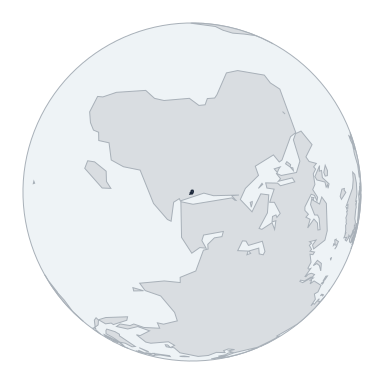 the Earth from above Debub, rotated 114°
{"feature_id": "ERI-1564", "entity_name": "Debub", "entity_type": "Region", "adm_level": 1, "iso_a3": "ERI", "parent_name": "Eritrea", "parent_adm1": "", "projection": "orthographic", "projection_center": [38.829, 14.796], "detail": "fine", "context": "on_globe", "style": "filled", "palette": "slate", "viewbox_px": 384, "rotation_deg": 114, "n_neighbors": 0, "source": "natural_earth", "source_scale": "10m", "svg_char_len": 9901}
<svg xmlns="http://www.w3.org/2000/svg" viewBox="0 0 384 384"><g transform="rotate(114 192 192)"><circle cx="192" cy="192" r="169" fill="#eef3f6" stroke="#a8b0b8"/><path d="M147.7,28.9L147.9,28.9L151.5,28.0L153.6,27.5L153.1,27.7L148.4,28.8L147.9,28.9L146.3,29.4L144.1,30.0L144.9,29.8L139.1,31.5L144.0,30.2L138.8,32.0L135.2,33.1L136.7,32.4L136.0,32.6L147.7,28.9ZM115.3,41.5L115.8,41.2L122.0,38.3L119.9,39.5L114.4,42.4L109.2,45.1L106.7,46.7L110.7,45.1L100.0,51.6L91.3,59.0L88.6,60.9L85.2,62.2L87.7,59.2L85.6,60.8L95.0,53.6L104.9,47.2L115.3,41.5ZM84.0,62.1L84.9,61.5L78.3,67.2L76.7,68.7L76.3,69.3L78.3,67.7L75.8,70.1L73.3,71.8L75.5,69.6L76.3,68.9L77.2,68.1L84.0,62.1ZM23.6,178.2L23.5,179.9L23.2,188.0L23.0,191.7L23.2,194.6L23.3,197.5L26.5,208.6L30.3,219.4L31.6,229.3L31.3,238.0L37.8,260.1L38.2,261.9L33.5,250.6L29.7,238.9L26.7,227.0L24.6,214.9L23.4,202.7L23.0,190.5L23.6,178.2ZM122.8,37.9L122.4,38.1L121.4,38.5L122.8,37.9ZM126.1,36.4L125.8,36.5L125.7,36.6L126.1,36.4ZM134.1,33.3L134.9,33.0L126.5,36.3L127.7,35.7L134.1,33.3ZM167.6,24.8L166.3,25.0L165.9,25.1L167.6,24.8ZM164.0,25.4L165.0,25.2L159.8,26.1L164.0,25.4ZM225.5,26.4L225.4,26.4L225.0,26.3L225.5,26.4ZM154.8,27.2L156.0,26.9L160.8,26.0L159.3,26.4L158.2,26.6L154.8,27.2ZM156.9,26.9L158.4,26.8L155.7,27.5L153.9,27.5L156.9,26.9ZM162.7,25.6L164.9,25.2L163.2,25.6L162.7,25.6ZM146.8,30.5L148.1,29.8L150.8,29.2L146.8,30.5ZM159.2,26.7L160.1,26.5L161.3,26.2L161.7,26.4L159.2,26.7ZM171.6,24.3L170.8,24.5L174.8,23.9L174.8,24.1L169.5,24.7L171.8,24.5L167.4,25.0L171.6,24.3ZM165.7,25.9L158.9,27.2L155.9,28.4L153.4,28.9L158.8,26.9L165.7,25.9ZM167.1,25.3L165.7,25.7L163.4,26.0L162.9,25.8L167.1,25.3ZM176.7,24.1L178.1,23.7L179.3,23.6L176.7,24.1ZM165.3,26.1L166.9,25.9L165.3,26.2L165.3,26.1ZM173.7,24.5L174.1,24.4L175.3,24.3L173.7,24.5ZM170.0,25.6L167.8,25.9L167.4,25.8L170.0,25.6ZM172.1,25.1L173.7,25.0L168.5,25.5L172.0,25.0L172.1,25.1ZM174.9,24.5L175.7,24.4L174.5,24.6L174.9,24.5ZM172.7,26.2L166.3,26.9L165.4,26.5L171.8,25.8L172.7,26.2ZM262.0,38.2L263.4,38.9L268.9,41.6L269.7,42.0L276.6,46.8L289.0,55.9L289.0,54.7L293.0,57.1L307.2,69.0L321.9,88.3L327.3,93.8L330.3,97.9L331.3,101.2L327.0,95.1L324.6,93.6L322.0,90.0L322.3,94.0L318.6,89.0L320.6,95.0L324.1,98.6L325.3,96.5L328.6,104.5L334.7,110.6L339.7,119.5L343.8,137.6L341.6,144.8L342.3,148.0L339.2,145.5L338.4,152.6L346.9,168.1L347.9,173.2L345.0,184.7L344.3,181.0L336.1,174.3L337.0,186.8L343.3,195.0L345.6,206.3L341.8,204.0L339.2,194.2L336.3,191.5L335.3,180.8L329.6,166.1L325.6,170.4L324.3,164.2L315.7,153.0L309.1,158.9L299.7,178.3L301.1,194.7L296.6,202.7L284.5,181.1L279.5,165.9L274.8,168.1L262.6,156.4L240.5,157.9L237.6,154.1L233.4,156.3L224.8,152.9L220.6,146.5L215.3,147.3L226.6,163.9L232.4,163.2L237.6,156.2L239.6,162.3L248.0,167.3L237.7,183.1L205.4,198.2L202.8,186.1L181.1,153.1L182.1,149.4L182.0,149.0L181.8,148.3L179.2,154.3L175.7,147.9L186.6,170.8L188.2,180.7L204.9,199.0L203.2,200.9L208.8,204.6L227.2,199.2L227.1,203.3L218.1,222.5L193.1,248.3L196.8,264.9L195.6,278.8L180.8,287.8L182.9,298.1L175.4,301.6L175.5,307.2L169.9,313.0L160.4,318.1L143.1,317.1L141.4,312.1L131.7,301.6L118.0,275.6L121.7,264.3L119.8,254.8L107.5,232.5L110.1,220.9L107.0,215.5L100.4,216.0L96.9,209.5L93.0,208.8L69.2,209.0L62.5,199.7L55.8,173.5L60.5,164.8L62.3,153.6L95.5,121.4L101.4,124.5L126.2,122.8L129.1,124.5L125.0,132.7L142.7,144.7L149.8,138.0L167.0,144.7L179.2,144.8L185.7,129.1L165.7,128.4L163.4,120.7L180.4,114.6L198.0,115.9L197.7,113.0L187.5,106.4L192.6,101.3L184.1,103.7L186.8,106.7L181.6,108.5L178.8,106.0L180.7,104.1L175.7,102.7L167.9,112.6L169.8,116.8L156.0,118.1L157.9,125.2L153.7,128.4L149.1,117.5L150.3,113.7L140.9,102.2L138.3,106.1L147.1,117.5L143.9,116.5L140.6,122.8L140.6,117.2L131.7,104.5L119.9,106.0L103.1,120.6L96.6,121.1L92.0,117.2L99.9,101.6L113.6,102.2L116.5,97.4L115.3,90.0L119.6,91.1L120.8,88.4L126.1,88.6L135.1,82.8L140.7,82.7L145.7,75.1L149.3,74.2L145.3,78.8L145.6,82.2L159.7,82.8L162.9,81.4L165.0,76.6L168.7,77.7L168.9,73.0L177.8,71.7L167.1,69.6L169.3,64.8L175.5,61.5L174.3,59.7L164.3,65.2L162.0,67.9L163.1,70.6L155.3,78.6L150.1,79.7L151.1,70.6L143.8,71.4L147.8,64.6L172.4,52.7L181.9,51.0L194.5,57.7L191.5,60.3L185.4,59.1L189.6,64.4L190.0,61.9L193.0,63.1L195.8,59.4L198.1,60.1L197.0,55.6L200.1,56.1L200.8,58.9L207.7,54.7L214.5,55.1L215.0,53.9L213.5,52.4L223.2,54.4L223.1,53.5L219.9,52.4L217.7,49.9L217.5,46.5L220.8,47.4L221.4,48.7L227.5,53.1L228.4,57.0L229.8,57.1L229.8,54.0L222.3,48.5L221.2,46.2L225.3,48.5L223.7,47.5L224.2,46.7L227.9,46.8L223.6,44.3L224.8,36.2L232.0,36.3L235.4,38.7L239.8,35.7L247.6,37.1L244.6,36.0L244.7,34.5L242.2,33.9L240.8,33.3L239.9,30.6L242.3,31.0L238.5,29.6L237.0,29.1L235.0,28.6L233.0,28.1L247.8,32.5L262.0,38.2ZM82.9,138.7L81.7,142.0L82.9,138.7ZM216.1,126.0L227.0,126.4L223.1,116.7L227.0,116.3L224.2,113.4L222.8,116.1L216.1,108.2L221.2,105.4L220.4,101.4L216.6,101.2L208.4,107.7L217.8,118.7L214.9,122.7L216.1,126.0ZM78.4,67.0L78.6,67.0L77.7,68.0L77.0,68.5L78.4,67.0ZM80.2,68.3L76.1,72.2L78.6,69.5L76.8,70.6L79.9,66.6L87.5,61.7L83.5,64.5L80.2,68.3ZM86.1,60.7L83.3,63.3L86.0,60.7L86.1,60.7ZM122.0,75.0L123.3,76.8L120.5,79.6L113.4,81.2L117.4,76.9L122.0,75.0ZM125.8,78.8L128.8,70.1L133.3,69.2L130.3,71.1L133.0,71.4L128.8,74.6L130.2,82.8L127.9,86.0L116.0,86.2L121.2,84.2L119.6,82.4L125.8,78.8ZM128.4,53.8L129.8,51.3L137.9,52.5L135.7,54.9L128.4,56.2L126.8,54.2L128.4,53.8ZM132.8,34.4L132.8,34.2L134.1,33.8L135.2,33.6L132.8,34.4ZM147.2,30.3L134.2,35.1L133.6,35.0L126.8,38.6L122.4,39.9L126.9,37.4L118.4,41.4L120.8,39.7L115.2,42.6L125.8,36.9L127.6,35.9L127.3,36.5L131.3,35.2L133.5,34.4L141.3,31.5L147.1,29.3L152.0,28.1L153.9,27.9L153.2,28.3L150.3,28.8L151.5,28.9L146.7,30.0L147.2,30.3ZM173.5,32.7L170.4,32.1L172.1,34.6L167.3,34.8L167.8,35.1L163.9,36.2L160.0,38.1L158.0,38.0L157.3,38.8L154.7,39.7L153.1,40.9L149.0,41.3L146.7,42.9L146.1,42.2L143.3,44.9L143.5,43.1L140.1,44.4L141.7,45.4L123.2,46.9L115.3,49.7L108.5,53.3L109.8,50.4L116.9,45.5L126.6,40.6L134.0,38.6L133.2,38.0L136.6,36.9L135.8,37.9L139.0,35.8L141.5,35.3L150.1,32.4L153.1,30.4L156.4,29.5L156.4,30.1L159.6,28.8L161.9,29.4L164.2,28.9L168.9,29.3L167.7,31.1L170.4,30.4L174.0,31.0L173.5,32.7ZM173.9,26.3L173.5,27.9L170.7,29.0L163.8,28.0L161.3,28.4L156.8,28.3L161.0,26.9L161.9,27.0L163.7,26.8L161.7,27.3L164.7,26.8L166.1,27.0L168.8,26.7L167.9,27.3L173.9,26.3ZM133.2,121.6L135.6,122.1L139.5,122.0L137.4,126.3L133.2,121.6ZM126.9,113.0L129.2,112.6L128.2,118.0L125.7,117.7L126.9,113.0ZM131.3,108.0L129.4,112.2L128.9,109.7L131.3,108.0ZM147.5,78.4L150.0,77.9L150.0,79.1L148.2,80.7L147.5,78.4ZM177.7,42.1L176.4,41.1L177.3,40.7L177.6,38.1L181.1,38.0L182.4,39.6L177.7,42.1ZM181.8,131.7L177.8,134.6L176.2,133.1L177.9,132.4L181.8,131.7ZM156.2,130.5L161.7,132.8L155.6,131.6L156.2,130.5ZM181.7,41.5L181.4,40.4L183.3,41.1L181.7,41.5ZM183.8,37.9L186.2,38.4L181.6,37.7L183.8,37.9ZM248.0,339.3L249.0,340.4L246.4,340.9L248.0,339.3ZM224.9,275.7L214.0,299.6L205.9,300.0L204.1,293.2L207.9,278.9L217.2,274.4L221.7,267.6L224.9,275.7ZM356.2,226.4L356.8,226.2L356.6,227.0L356.2,226.4ZM355.6,224.7L356.6,223.9L355.2,226.6L355.6,224.7ZM357.0,223.6L357.9,221.1L358.4,219.4L358.1,221.1L357.0,223.6ZM354.8,225.5L348.8,229.1L345.9,228.5L347.0,225.4L351.6,223.7L354.8,225.5ZM346.7,225.4L341.8,219.8L332.2,200.1L335.7,199.4L345.1,209.9L344.6,212.5L347.6,217.4L346.7,225.4ZM357.0,205.4L356.4,212.9L353.5,214.3L351.9,214.1L350.9,205.5L351.5,200.4L352.9,199.8L356.2,181.0L357.8,183.8L357.3,191.4L358.5,196.8L357.0,205.4ZM301.9,196.1L306.1,205.0L303.4,207.1L301.9,196.1ZM356.0,168.8L355.7,176.9L355.5,166.6L356.0,168.8ZM354.9,159.6L355.7,163.0L354.5,160.2L354.9,159.6ZM343.8,152.6L342.4,154.3L341.6,151.9L342.9,148.5L343.8,152.6ZM343.5,127.2L346.4,134.0L347.1,136.5L345.1,132.7L343.5,127.2ZM211.7,42.3L207.4,45.7L206.6,48.8L209.9,51.3L203.4,49.6L204.6,44.8L211.7,42.3ZM222.8,36.7L219.9,35.0L222.3,35.2L223.3,35.6L222.8,36.7ZM220.2,36.1L214.4,35.4L213.6,34.1L218.3,34.9L220.2,36.1ZM198.0,37.6L196.5,38.5L194.9,37.9L198.0,37.6ZM327.9,292.3L327.8,292.5L327.7,292.3L331.3,287.3L338.2,274.3L338.6,274.1L342.7,264.8L349.5,252.7L354.4,238.5L350.7,250.0L346.2,261.2L340.8,272.0L334.8,282.4L327.9,292.3ZM358.8,218.8L357.5,225.0L358.9,218.1L359.0,217.6L358.8,218.8ZM360.6,202.3L360.5,204.3L360.5,203.2L360.6,202.3ZM360.6,202.4L360.7,201.8L360.6,202.4ZM359.0,197.8L359.3,201.9L360.2,197.9L359.5,202.9L359.6,209.6L359.2,212.7L359.2,205.4L358.4,214.0L357.9,214.4L358.2,207.5L358.9,198.3L359.3,194.2L360.6,190.7L359.0,197.8ZM360.9,195.1L360.9,190.2L360.8,186.5L360.9,188.9L360.9,195.1ZM359.9,178.7L358.7,173.6L358.4,176.7L358.2,166.8L359.5,173.3L359.9,178.7ZM357.7,166.4L357.5,169.2L357.2,163.7L357.7,166.4ZM357.0,167.4L356.1,163.4L356.7,163.4L357.0,167.4ZM357.9,166.2L356.6,159.2L357.6,163.0L357.9,166.2ZM353.8,154.7L356.4,160.0L354.4,158.8L350.6,145.9L351.2,144.9L353.8,154.7ZM333.8,101.1L331.6,98.0L331.1,96.7L332.8,99.2L333.8,101.1ZM327.9,91.6L330.3,95.4L332.2,99.6L333.2,100.7L336.7,106.6L333.2,102.0L329.4,95.0L328.5,92.9L325.1,88.3L322.5,84.7L318.0,79.5L315.8,77.0L318.0,79.5L327.9,91.6ZM313.5,74.6L313.1,74.2L316.0,77.4L307.2,68.5L307.6,68.8L313.5,74.6ZM305.3,66.6L304.6,66.2L290.4,55.3L287.6,53.2L298.7,61.0L302.1,64.0L305.3,66.6ZM227.1,26.7L227.3,26.8L225.6,26.4L226.0,26.5L227.1,26.7ZM239.5,33.1L237.7,32.3L239.2,32.4L239.5,33.1ZM233.7,30.4L233.3,30.8L232.4,30.0L233.7,30.4ZM232.6,31.9L232.4,30.8L234.6,32.5L232.6,31.9Z" fill="#d9dde1" stroke="#a8b0b8" stroke-width="1"/><path d="M190.9,193.1L190.6,192.9L190.5,192.7L190.4,192.6L190.3,192.4L190.4,192.2L190.2,191.9L190.3,191.8L190.3,191.7L190.5,191.5L190.6,191.4L190.7,191.2L190.9,191.1L191.0,191.1L191.5,191.0L191.6,190.9L191.9,190.9L193.3,190.9L193.5,191.0L194.4,192.6L194.6,192.9L194.4,192.9L194.2,192.8L194.1,192.7L193.9,192.7L193.9,192.8L193.5,192.9L193.3,192.9L193.2,192.9L193.2,193.0L193.0,192.9L192.9,192.7L192.7,192.5L192.6,192.4L192.5,192.5L192.4,192.7L192.3,192.8L192.2,192.9L191.8,193.0L191.7,193.0L191.4,193.1L191.0,193.1L190.9,193.1L190.9,193.1Z" fill="#64748b" stroke="#1e293b" stroke-width="1.5"/></g></svg>